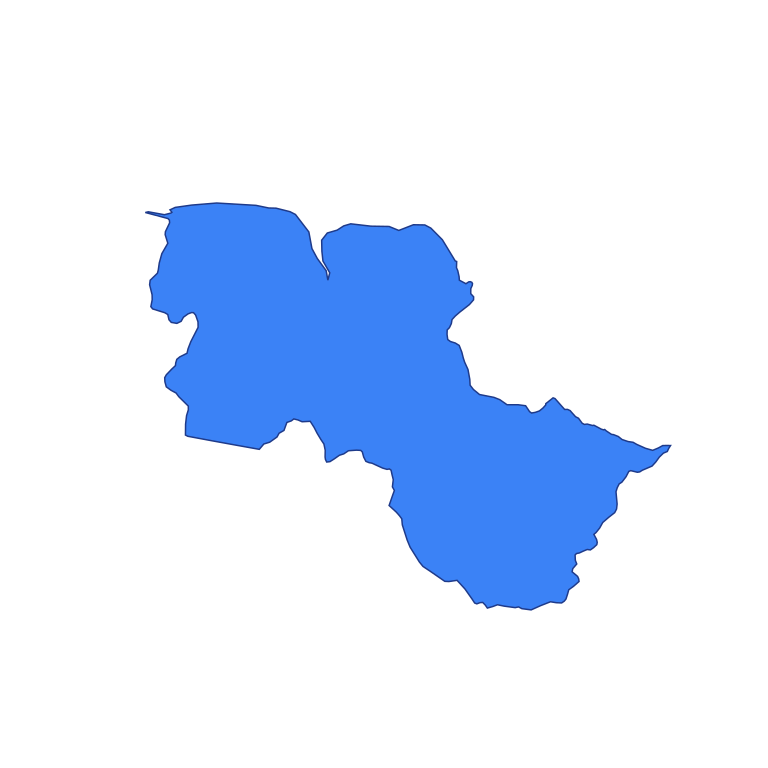 Guyana, orthographic projection, rotated 322°
{"feature_id": "GUY", "entity_name": "Guyana", "entity_type": "country or territory", "adm_level": 0, "iso_a3": "GUY", "parent_name": "South America", "parent_adm1": "", "projection": "orthographic", "projection_center": [-58.817, 4.875], "detail": "fine", "context": "isolated", "style": "filled", "palette": "blue", "viewbox_px": 768, "rotation_deg": 322, "n_neighbors": 0, "source": "natural_earth", "source_scale": "50m", "svg_char_len": 3615}
<svg xmlns="http://www.w3.org/2000/svg" viewBox="0 0 768 768"><g transform="rotate(322 384 384)"><path d="M245.5,358.7L229.3,340.6L213.1,322.4L197.2,304.4L196.1,302.0L202.9,293.5L208.9,287.4L213.9,283.9L216.2,280.9L214.5,267.8L214.6,263.1L212.3,257.9L210.7,252.2L212.7,247.4L215.1,244.0L218.2,242.7L225.7,241.6L231.0,241.1L232.8,239.2L235.9,237.0L239.9,236.9L247.7,238.5L251.3,235.6L257.8,231.7L272.4,224.9L275.7,220.5L278.0,213.7L277.8,210.5L276.3,209.2L272.7,208.1L267.1,207.9L262.7,209.7L258.1,208.7L254.3,204.5L254.1,201.0L256.4,196.1L255.1,192.8L247.9,182.4L247.9,179.5L253.2,174.9L256.2,170.9L260.4,161.5L263.6,158.3L273.7,157.2L276.3,155.2L281.5,150.2L289.2,144.5L300.3,140.0L303.5,131.6L305.5,129.4L314.3,125.0L315.8,122.7L315.6,120.6L301.5,101.9L304.3,103.2L315.2,115.4L321.3,118.1L322.6,118.1L322.6,115.0L328.2,116.3L342.6,124.6L363.6,138.4L393.1,164.4L401.5,174.3L407.2,179.0L416.0,190.3L418.6,195.9L418.4,217.9L410.6,232.9L408.7,244.1L408.2,259.1L403.7,267.6L409.7,263.0L411.6,249.5L416.7,241.3L423.4,232.3L432.3,230.1L441.8,233.9L449.6,234.6L456.4,237.3L470.9,251.6L485.0,263.0L490.2,272.1L505.2,276.6L514.1,283.8L516.9,290.0L518.8,306.3L515.9,330.9L516.7,332.2L512.7,337.0L511.9,340.1L509.3,345.6L507.3,348.6L510.3,355.4L513.7,355.7L515.0,356.5L515.8,357.9L515.6,359.3L514.3,360.6L511.1,362.3L508.0,366.2L508.3,370.5L506.4,372.8L500.2,374.0L488.1,374.0L482.1,374.3L477.3,375.1L474.2,377.9L470.2,379.9L467.1,380.3L464.3,383.6L461.6,388.2L462.5,391.4L465.4,395.6L467.0,399.9L464.9,406.9L462.5,412.3L461.0,416.4L459.1,424.3L454.5,433.1L451.1,438.0L451.1,443.4L452.8,451.1L462.4,462.2L465.6,467.6L468.2,476.1L476.8,482.8L482.2,488.3L481.7,495.4L482.4,497.7L485.8,499.5L489.9,500.9L494.4,500.8L498.5,500.1L499.4,499.1L508.7,499.0L509.8,500.8L510.4,511.1L510.7,515.3L513.0,517.0L514.3,519.6L514.4,521.9L514.8,527.7L516.2,530.7L516.0,536.9L517.0,539.2L519.5,540.7L522.8,545.1L524.0,545.7L524.7,547.2L527.5,553.5L528.9,555.4L529.9,555.7L530.3,557.9L532.3,563.8L533.7,565.2L536.3,569.6L537.4,574.3L540.9,579.6L544.4,583.3L546.0,587.2L550.5,595.7L554.9,601.7L560.8,603.3L565.7,604.1L568.8,606.4L571.9,608.9L568.6,610.1L565.7,611.6L561.6,610.5L556.0,611.1L550.1,612.8L544.7,613.7L534.5,611.0L531.4,610.7L529.3,609.5L525.1,604.2L523.1,603.6L517.6,606.1L511.0,607.8L507.8,607.5L504.0,609.3L500.5,611.7L493.8,622.1L490.3,625.7L486.6,627.4L479.1,627.4L471.1,627.8L465.2,630.3L459.6,631.6L456.8,631.7L455.8,637.4L454.5,640.1L452.8,641.6L448.4,642.0L444.5,641.8L442.2,639.5L437.8,638.3L433.9,637.4L431.3,636.1L429.3,636.4L427.6,638.8L426.2,640.8L425.1,644.5L419.1,645.7L416.6,647.8L418.1,654.8L417.4,657.5L416.1,659.7L409.0,660.1L402.9,659.9L399.4,662.5L395.0,665.5L392.3,666.1L389.2,665.9L385.1,662.4L381.1,658.1L371.0,655.1L360.9,652.6L354.3,645.9L352.8,642.5L349.7,641.0L341.9,633.0L337.5,627.8L332.9,626.4L327.5,624.2L327.7,620.5L327.3,616.9L325.0,615.4L321.8,614.4L320.6,612.4L321.0,607.6L321.6,595.4L320.7,583.7L313.5,579.6L310.4,576.9L305.0,559.6L302.4,551.8L302.3,546.0L304.1,528.7L306.2,521.2L311.7,506.3L315.0,501.2L315.1,497.4L314.8,492.5L313.2,482.9L322.6,476.8L326.6,474.3L327.3,470.2L332.4,465.1L334.6,460.2L336.5,456.3L336.0,454.3L333.8,453.1L331.2,449.5L325.7,438.9L323.8,436.8L322.1,433.8L323.0,429.1L325.1,424.1L324.8,422.0L321.6,419.2L314.9,414.7L309.3,414.3L305.0,412.7L298.7,412.4L293.6,411.9L290.8,410.2L291.4,407.4L292.6,405.3L296.9,400.0L299.7,394.3L300.1,388.8L301.0,381.5L302.2,375.2L302.9,368.0L296.2,363.3L294.1,359.4L291.4,356.0L288.3,356.0L283.8,354.5L276.6,359.0L271.0,358.2L267.1,359.9L258.1,359.5L252.4,357.3L245.5,358.7Z" fill="#3b82f6" stroke="#1e3a8a" stroke-width="1.5"/></g></svg>